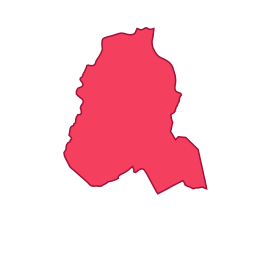 the district of Bequimão, Maranhão, Brazil, rotated 332°
{"feature_id": "56859067B49205705697015", "entity_name": "Bequimão", "entity_type": "district", "adm_level": 2, "iso_a3": "BRA", "parent_name": "Brazil", "parent_adm1": "Maranhão", "projection": "natural_earth1", "projection_center": [-44.779, -2.445], "detail": "fine", "context": "isolated", "style": "filled", "palette": "rose", "viewbox_px": 256, "rotation_deg": 332, "n_neighbors": 0, "source": "geoboundaries", "source_scale": "gbopen_adm2", "svg_char_len": 2778}
<svg xmlns="http://www.w3.org/2000/svg" viewBox="0 0 256 256"><g transform="rotate(332 128 128)"><path d="M197.5,52.2L196.1,52.1L194.7,51.7L193.3,51.0L192.3,49.5L191.5,48.3L189.9,47.7L187.7,47.9L185.4,47.5L183.9,45.7L182.7,44.4L180.5,46.2L179.4,47.1L177.8,47.8L176.0,47.6L174.6,47.1L173.2,46.4L171.2,44.9L169.0,42.7L166.6,41.0L164.3,40.3L161.7,39.8L160.3,39.6L158.7,39.3L155.3,38.6L153.0,38.0L151.0,37.6L148.8,37.4L147.2,37.8L145.7,39.5L144.5,41.4L143.9,42.8L143.2,44.6L142.2,46.7L140.8,47.9L139.5,49.0L137.9,50.1L135.1,51.8L133.3,52.7L131.0,54.1L129.8,55.5L128.3,56.4L126.5,56.5L123.9,55.2L122.7,54.0L121.2,53.5L119.3,55.3L116.1,57.8L114.0,59.1L113.0,60.0L111.6,61.3L109.2,61.7L108.4,62.9L108.6,64.5L109.0,66.8L108.6,68.8L107.4,69.7L105.4,69.8L104.1,69.6L102.7,69.4L101.4,70.0L99.4,71.7L98.4,73.8L98.9,75.7L99.5,77.4L100.1,78.8L101.1,81.1L101.3,82.8L100.4,84.4L99.3,85.1L96.9,86.4L95.2,88.2L95.1,89.8L94.6,91.2L93.9,92.8L92.4,93.8L90.1,92.7L87.8,94.0L86.4,95.3L85.4,96.8L84.0,98.7L82.2,99.0L81.0,100.3L79.2,100.1L77.7,100.5L76.4,101.7L75.5,103.0L74.2,104.8L72.6,106.5L73.0,108.1L73.4,109.9L72.7,111.6L71.4,111.5L70.3,112.8L67.9,112.9L65.8,114.2L64.4,115.8L63.6,117.3L62.3,118.4L60.0,119.6L59.3,121.3L58.7,123.3L58.5,134.9L59.1,137.0L60.5,140.3L66.8,157.1L67.3,159.1L67.8,160.7L68.9,162.3L70.5,163.3L72.7,164.2L75.6,166.2L77.8,166.8L79.9,166.5L82.0,166.7L83.8,166.5L85.1,166.1L87.3,166.8L89.9,167.4L92.6,167.8L95.8,167.9L96.5,166.4L98.0,165.8L100.8,165.6L102.5,165.8L105.7,165.6L107.6,165.4L109.2,165.2L110.7,164.7L114.0,164.2L113.7,166.0L113.5,167.8L112.6,169.4L113.5,170.7L115.3,170.7L117.0,170.2L119.0,170.2L120.5,170.3L122.0,171.3L122.8,173.0L122.9,174.8L123.1,176.8L123.1,183.7L123.2,197.6L123.5,200.1L134.7,200.2L139.9,200.0L151.6,200.2L152.1,202.7L151.7,205.1L153.7,208.0L154.8,208.9L155.9,210.6L156.9,212.1L158.9,212.6L160.5,212.9L161.9,213.9L164.4,214.6L165.8,215.0L167.8,217.4L168.9,218.6L169.8,215.8L170.4,213.4L171.4,210.2L172.0,207.7L175.6,195.1L176.2,192.7L176.9,190.2L177.4,188.4L178.2,185.6L179.8,179.9L174.5,163.4L172.7,162.3L171.4,161.4L168.4,159.4L164.4,160.6L164.0,150.8L165.6,149.3L167.1,147.5L168.3,145.9L169.9,144.4L170.5,140.9L171.4,138.2L172.0,136.4L173.4,136.1L175.8,136.0L177.6,135.1L179.0,133.6L180.3,132.2L181.9,131.5L183.9,129.5L185.6,128.6L186.8,126.8L188.1,125.2L190.7,123.9L190.8,122.2L188.9,120.1L187.6,118.2L187.6,115.9L188.7,113.7L191.2,110.3L192.0,109.1L193.2,106.6L194.0,104.6L194.6,102.5L195.0,100.4L195.3,98.5L195.7,96.4L196.1,95.0L196.0,92.9L195.4,90.1L194.4,87.7L193.2,85.8L192.4,84.5L191.5,83.3L190.2,81.6L188.9,79.5L187.9,76.9L187.6,73.9L187.6,71.3L187.6,69.0L188.4,66.1L189.2,64.2L190.0,62.5L191.0,61.4L192.6,59.5L193.8,57.8L194.9,56.3L195.7,54.9L196.8,53.6L197.5,52.2Z" fill="#f43f5e" stroke="#9f1239" stroke-width="1.5"/></g></svg>